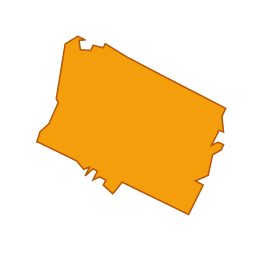 outline of Calhoun, Georgia, United States of America, rotated 206°
{"feature_id": "52423323B2673135153008", "entity_name": "Calhoun", "entity_type": "district", "adm_level": 2, "iso_a3": "USA", "parent_name": "United States of America", "parent_adm1": "Georgia", "projection": "equal_earth", "projection_center": [-84.612, 31.536], "detail": "fine", "context": "isolated", "style": "filled", "palette": "amber", "viewbox_px": 256, "rotation_deg": 206, "n_neighbors": 0, "source": "geoboundaries", "source_scale": "gbopen_adm2", "svg_char_len": 667}
<svg xmlns="http://www.w3.org/2000/svg" viewBox="0 0 256 256"><g transform="rotate(206 128 128)"><path d="M35.7,76.8L35.4,109.7L44.2,110.0L35.2,120.6L40.2,141.0L34.7,149.1L34.8,154.9L40.7,154.8L45.4,149.0L45.1,165.9L40.3,166.2L48.6,179.4L48.8,188.5L118.2,190.1L159.8,191.3L185.4,193.8L185.4,189.2L195.6,187.1L195.5,181.4L205.1,177.4L210.5,185.4L204.9,188.4L213.3,188.4L221.3,176.0L212.0,145.2L205.3,122.8L201.8,120.3L200.9,97.1L205.4,86.1L203.8,75.5L201.6,75.9L159.7,75.9L149.7,71.4L145.4,76.0L145.5,66.1L141.6,76.0L136.6,75.8L136.7,65.9L132.2,71.6L125.1,71.5L125.2,65.8L112.8,62.2L109.5,76.7L35.7,76.8Z" fill="#f59e0b" stroke="#b45309" stroke-width="1.5"/></g></svg>